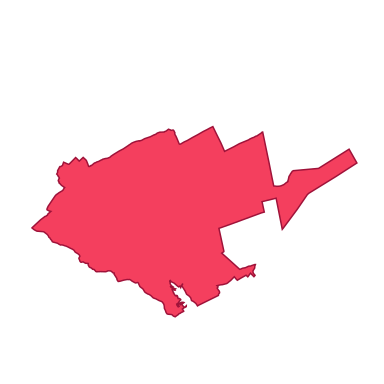 the district of Racoviteni, Buzau, Romania, rotated 301°
{"feature_id": "2599482B64050799943306", "entity_name": "Racoviteni", "entity_type": "district", "adm_level": 2, "iso_a3": "ROU", "parent_name": "Romania", "parent_adm1": "Buzau", "projection": "orthographic", "projection_center": [26.904, 45.34], "detail": "fine", "context": "isolated", "style": "filled", "palette": "rose", "viewbox_px": 384, "rotation_deg": 301, "n_neighbors": 0, "source": "geoboundaries", "source_scale": "gbopen_adm2", "svg_char_len": 5749}
<svg xmlns="http://www.w3.org/2000/svg" viewBox="0 0 384 384"><g transform="rotate(301 192 192)"><path d="M309.6,304.6L277.4,288.3L262.7,268.2L262.5,267.9L261.4,267.3L258.1,267.1L256.7,267.2L255.4,267.1L252.1,268.2L250.7,268.5L250.5,268.8L250.1,268.8L248.9,268.1L245.8,267.0L243.2,265.2L241.9,263.8L241.1,262.6L240.5,261.7L240.1,260.7L239.5,259.5L239.3,258.9L245.7,253.0L257.5,242.3L261.8,238.3L279.8,221.7L279.5,221.3L278.0,220.9L273.4,218.7L272.5,217.8L270.9,217.0L269.2,215.6L267.1,214.2L265.9,213.7L257.8,207.7L252.4,204.6L243.6,199.0L249.0,191.4L253.4,184.5L258.8,176.2L255.9,174.3L253.3,172.8L249.7,170.5L244.1,167.4L238.9,164.3L233.8,161.5L230.9,159.5L227.4,157.6L226.8,157.1L226.6,156.7L226.6,156.3L230.6,150.9L231.8,149.1L232.4,147.9L233.2,147.1L233.9,146.9L235.2,144.9L235.4,144.3L235.4,143.9L235.0,143.4L234.1,142.4L234.0,142.1L234.1,141.5L233.7,139.5L231.3,138.6L230.4,138.1L229.8,137.5L229.0,137.2L228.7,136.6L227.9,135.5L226.7,133.6L225.4,132.5L224.5,131.8L223.5,131.5L221.8,130.5L221.7,130.2L218.0,127.9L213.3,123.9L210.5,122.3L208.6,120.6L208.7,120.3L206.6,118.0L204.5,116.3L202.6,115.0L201.2,114.5L199.7,113.7L199.3,113.6L193.6,110.9L189.5,108.4L183.7,105.4L180.9,104.1L180.1,104.0L178.9,103.3L177.3,102.1L176.0,100.4L174.0,98.5L173.7,98.5L172.5,97.6L170.1,96.2L168.7,94.9L167.9,94.5L166.9,93.8L166.9,93.7L166.5,93.4L163.8,92.5L162.3,91.8L162.4,91.6L160.9,90.8L160.7,90.2L162.6,87.9L164.5,85.4L164.9,84.4L165.6,80.9L160.4,79.4L161.3,76.1L161.6,74.5L156.5,73.3L152.5,72.3L152.3,72.0L152.1,71.8L151.4,66.6L148.0,67.3L146.2,66.4L145.8,65.7L145.2,65.6L144.3,65.7L141.1,65.8L139.6,66.7L137.7,66.8L137.6,67.3L136.7,69.2L136.4,69.4L136.2,70.3L135.6,71.2L134.3,71.1L133.8,71.4L133.2,71.4L132.7,71.6L132.5,72.0L132.1,73.0L131.9,72.9L131.3,73.3L131.2,74.2L130.5,76.7L130.4,77.7L130.4,78.6L130.2,79.4L130.3,80.5L128.0,80.4L127.5,80.5L126.3,80.2L122.8,78.3L120.7,77.5L120.0,77.0L119.6,77.0L118.3,76.7L105.6,76.0L104.0,76.3L103.5,76.2L102.1,76.8L102.1,78.7L102.2,79.4L102.7,81.0L98.9,79.8L97.8,80.0L97.5,80.0L96.9,79.5L96.3,79.4L95.8,79.1L95.4,78.6L90.4,76.6L79.0,73.3L78.8,73.3L78.4,75.9L78.4,77.3L78.5,78.5L78.5,78.8L78.6,79.3L81.4,85.0L81.5,85.2L81.5,85.8L81.1,89.5L80.6,91.1L79.5,92.7L79.4,93.9L78.8,94.9L78.2,96.7L77.5,97.8L77.5,98.6L78.2,100.9L78.8,103.2L78.8,104.3L78.7,104.7L78.8,105.5L78.8,106.5L79.6,107.6L80.0,108.7L80.4,110.7L80.8,112.1L81.0,114.2L81.2,117.4L81.4,119.2L81.3,120.7L81.2,121.1L80.6,122.2L80.3,123.0L80.3,126.1L80.1,127.3L79.9,128.0L79.2,129.0L77.3,129.1L76.9,129.2L76.6,129.5L75.6,130.9L74.9,131.7L74.6,132.7L74.7,133.2L75.9,134.5L76.1,134.9L76.0,135.9L76.1,137.6L76.6,138.4L77.3,139.9L76.4,140.3L75.7,141.0L74.8,142.6L74.8,143.6L75.0,144.5L74.9,144.9L74.9,145.5L74.6,146.4L74.8,146.6L74.7,146.9L74.9,147.2L75.0,147.9L75.2,148.3L74.8,149.0L74.7,149.8L74.4,150.2L74.4,150.9L74.4,151.1L76.6,154.5L79.2,159.1L80.2,160.0L80.7,160.2L81.2,160.6L82.4,162.8L82.4,164.0L82.0,166.1L82.5,167.0L82.2,167.3L81.5,167.5L79.2,172.1L78.3,172.8L77.8,173.6L77.3,174.8L77.6,175.3L78.7,176.5L81.3,178.9L82.9,180.7L83.6,181.5L84.2,182.7L84.8,183.4L85.0,184.5L84.7,186.7L84.8,187.8L84.8,188.8L84.9,190.2L85.1,190.7L86.2,191.7L86.5,192.2L86.4,192.7L84.2,195.9L84.0,196.6L83.7,199.4L83.4,200.4L82.1,202.7L81.9,203.3L81.8,203.9L81.8,206.7L82.1,208.0L82.1,208.6L82.0,210.3L81.3,213.1L81.4,214.2L81.8,215.9L82.0,219.8L82.4,221.9L82.4,222.6L82.4,223.2L81.6,225.0L81.2,225.7L80.0,226.9L78.4,228.0L77.9,228.4L77.0,229.9L75.5,231.7L75.1,232.4L74.7,233.3L74.9,234.4L76.3,237.3L76.5,238.1L76.1,239.8L76.1,240.5L76.3,241.1L76.3,241.8L79.3,243.1L79.9,243.4L80.6,243.4L81.1,243.7L81.6,244.1L82.3,244.5L83.5,245.0L84.4,245.8L85.6,246.3L86.7,244.0L88.1,244.7L89.1,244.8L89.4,245.4L90.8,246.1L91.5,245.7L90.5,245.4L89.8,245.0L89.3,244.5L89.0,244.4L89.1,243.9L89.7,243.1L90.2,241.7L90.6,241.1L91.8,241.5L92.3,241.8L93.1,242.0L92.8,240.9L92.7,240.8L92.5,241.2L92.0,241.1L91.9,241.2L91.5,241.0L91.4,241.1L90.1,240.4L89.5,240.3L89.4,240.2L89.7,239.5L90.1,239.3L90.8,239.6L92.5,240.5L91.8,239.5L88.2,237.9L87.4,239.9L86.9,239.7L86.6,239.5L86.9,238.8L86.6,238.7L87.0,237.9L87.3,237.3L88.0,236.6L90.4,237.8L90.5,237.3L92.7,237.5L93.8,237.9L94.2,237.3L94.2,236.7L94.1,235.5L93.5,235.1L94.1,234.1L94.8,233.8L94.8,233.0L95.5,232.8L95.5,232.3L95.3,231.9L94.5,231.2L95.9,228.2L96.1,228.3L96.8,227.1L98.1,225.4L98.7,226.4L99.0,228.1L99.4,228.2L99.4,227.2L99.8,227.0L99.2,226.2L98.7,225.0L98.9,224.9L99.4,226.0L99.9,226.8L100.3,227.1L99.5,224.6L99.6,224.2L100.1,224.1L100.9,224.7L101.0,223.7L100.3,223.6L99.7,223.2L99.6,222.7L99.9,222.3L100.4,222.5L100.8,223.1L102.1,220.5L102.5,220.2L103.2,220.0L103.6,219.1L104.2,218.8L104.6,218.7L105.0,218.9L104.4,220.7L104.7,223.5L103.9,227.9L103.8,229.3L103.8,229.5L104.0,229.6L105.1,230.1L104.3,231.5L104.7,231.4L105.7,231.2L108.1,231.2L108.1,231.4L106.4,231.5L103.7,236.9L101.6,240.0L101.3,243.3L100.6,245.4L98.7,247.5L98.9,249.4L98.5,252.7L97.2,255.4L98.4,256.0L116.9,267.9L117.1,267.7L117.7,267.5L118.4,267.4L119.5,267.6L119.9,267.5L120.5,267.1L121.2,266.2L121.4,265.5L122.4,263.3L122.6,263.1L124.1,263.2L124.3,262.8L124.6,261.7L126.8,263.9L128.4,266.0L131.4,268.9L132.4,269.4L134.2,270.0L136.0,270.7L141.1,271.9L140.1,274.7L139.7,276.3L143.8,278.5L148.5,281.2L148.0,283.5L148.4,283.6L152.5,283.9L151.3,288.7L153.0,289.0L153.4,288.2L153.8,286.7L154.5,285.8L155.6,285.0L156.0,284.9L159.1,284.9L160.9,284.0L162.5,283.7L162.3,283.3L159.4,280.8L158.5,280.2L157.9,279.1L157.2,278.5L154.8,276.9L153.8,275.9L153.2,275.1L152.6,274.5L151.0,273.4L150.3,272.7L153.4,256.9L154.9,249.0L157.3,250.0L157.8,249.7L174.7,233.8L184.9,242.2L209.9,262.3L212.0,264.3L219.8,257.0L230.0,267.3L206.5,288.6L207.8,288.8L231.0,291.1L249.2,292.2L251.1,292.8L279.2,307.3L301.8,318.4L309.6,304.6Z" fill="#f43f5e" stroke="#9f1239" stroke-width="1.5"/></g></svg>